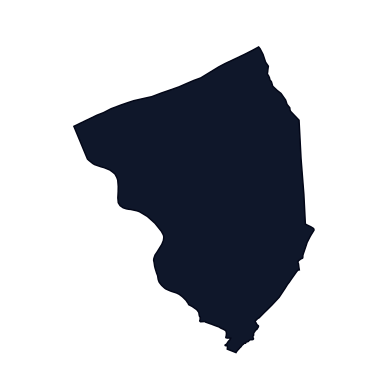 Cai Rang, Hau Giang, Vietnam, rotated 278°
{"feature_id": "81297802B53183498164333", "entity_name": "Cai Rang", "entity_type": "district", "adm_level": 2, "iso_a3": "VNM", "parent_name": "Vietnam", "parent_adm1": "Hau Giang", "projection": "robinson", "projection_center": [105.759, 9.999], "detail": "fine", "context": "isolated", "style": "filled", "palette": "ink", "viewbox_px": 384, "rotation_deg": 278, "n_neighbors": 0, "source": "geoboundaries", "source_scale": "gbopen_adm2", "svg_char_len": 3298}
<svg xmlns="http://www.w3.org/2000/svg" viewBox="0 0 384 384"><g transform="rotate(278 192 192)"><path d="M240.6,65.9L210.1,83.9L208.9,85.6L206.4,89.8L205.6,91.7L204.3,98.4L203.9,101.6L202.4,107.5L200.8,110.5L199.2,113.1L198.7,113.5L196.0,115.5L193.5,116.8L187.2,118.2L183.1,118.7L182.5,118.8L175.8,119.4L171.1,120.5L168.5,122.7L166.8,126.0L166.2,129.3L166.1,131.9L166.1,132.0L166.2,133.7L165.7,140.2L165.2,142.7L161.6,151.2L155.9,159.7L148.9,167.1L145.5,169.6L143.7,170.3L142.1,170.4L139.9,170.4L135.9,169.4L127.3,165.6L124.5,164.2L121.0,163.5L119.1,163.5L116.9,164.3L113.4,165.3L111.4,166.1L106.9,168.2L105.6,168.9L104.6,169.5L103.4,169.9L101.0,170.6L99.5,171.3L98.1,172.1L96.9,173.3L95.3,175.0L93.5,177.6L92.8,178.7L92.4,179.5L91.8,181.5L91.0,184.4L90.7,185.8L90.1,189.4L89.8,190.9L88.9,193.6L87.4,196.3L86.8,197.3L83.9,201.2L82.4,202.5L81.3,203.6L80.0,204.4L78.7,208.1L76.3,212.8L75.6,213.7L73.9,215.3L73.4,215.6L72.3,215.9L71.6,216.1L70.2,216.6L69.6,217.0L69.3,217.6L69.0,217.7L68.4,217.6L67.7,217.7L67.0,217.8L65.8,217.6L65.4,217.6L65.0,218.0L64.7,218.5L65.6,223.1L65.1,223.4L63.9,229.2L63.9,229.9L63.7,230.2L63.0,233.2L62.4,236.1L62.2,237.3L61.2,239.5L60.5,241.9L59.9,243.6L59.4,244.5L59.0,245.0L58.5,245.2L57.0,245.8L56.7,245.8L56.0,245.8L55.3,245.9L54.1,245.9L52.9,245.7L52.5,245.8L52.4,246.1L52.3,246.9L52.3,247.5L52.4,247.9L52.5,248.4L52.5,248.9L52.6,249.4L52.6,250.7L52.0,250.5L51.3,250.3L49.9,249.3L48.8,248.6L47.9,248.2L46.1,247.4L45.9,247.2L45.7,246.8L45.4,246.4L45.1,246.1L44.8,246.1L44.6,246.2L44.5,246.5L44.5,246.9L44.6,247.4L44.6,248.0L44.4,248.3L44.0,248.5L43.3,248.7L41.3,248.8L40.0,254.2L39.1,257.9L39.6,258.1L39.9,258.2L41.5,259.1L43.3,260.4L44.2,260.9L44.7,261.3L45.5,262.0L46.5,262.5L47.4,263.0L47.9,263.5L48.5,264.1L49.3,264.6L49.6,264.9L49.6,265.4L49.7,266.0L50.0,266.2L50.7,266.4L51.0,266.7L51.3,267.4L51.6,268.1L51.8,268.5L52.7,269.1L53.3,269.6L53.7,270.1L53.9,270.7L54.1,272.2L54.5,273.0L55.0,273.3L55.6,273.2L56.7,272.4L57.1,272.2L57.5,272.4L58.4,272.9L59.1,272.9L60.7,272.7L61.6,273.0L62.6,273.6L63.6,274.0L64.2,274.4L64.7,275.0L65.3,275.5L65.9,275.8L66.8,276.0L67.4,276.4L68.0,276.5L68.5,276.5L68.8,276.3L69.6,274.9L70.1,274.4L70.9,274.0L71.6,273.3L72.3,272.7L72.8,272.6L73.2,272.7L74.4,273.6L75.5,274.4L76.1,275.0L76.7,275.9L82.9,280.5L85.3,282.4L91.1,286.8L99.8,292.9L109.4,297.5L113.7,299.4L116.3,300.9L119.6,302.5L128.1,306.9L129.5,308.0L129.8,309.1L132.7,308.2L135.1,307.6L136.0,307.3L137.0,306.7L137.4,306.7L138.2,306.8L138.8,307.1L140.7,308.9L141.8,310.6L142.2,310.8L142.8,310.8L144.7,310.6L146.2,310.8L148.2,311.2L155.1,312.5L158.1,313.0L159.5,313.5L164.4,315.2L166.6,316.1L171.1,318.1L172.2,317.9L172.9,317.2L174.1,314.5L175.3,310.7L176.1,308.7L205.2,303.1L234.5,296.6L240.4,295.3L278.0,288.0L285.6,278.4L287.0,277.6L289.0,277.1L292.0,273.9L296.1,271.9L302.0,266.4L304.5,262.1L308.0,257.2L312.2,255.3L314.1,253.4L315.7,252.9L317.5,251.8L319.4,250.2L322.1,250.2L323.6,250.1L327.2,250.1L330.8,246.8L338.1,243.2L343.3,239.5L344.9,237.8L340.6,232.0L335.1,224.1L323.8,206.9L319.7,201.2L306.2,184.8L302.8,178.4L298.2,170.8L294.3,164.5L288.9,154.1L288.6,153.5L285.7,147.8L280.8,138.9L278.5,132.7L274.3,121.6L271.7,116.3L268.5,110.0L263.2,100.3L258.3,93.4L254.9,87.3L244.7,72.0L242.5,68.8L240.6,65.9Z" fill="#0f172a" stroke="#020617" stroke-width="1.5"/></g></svg>